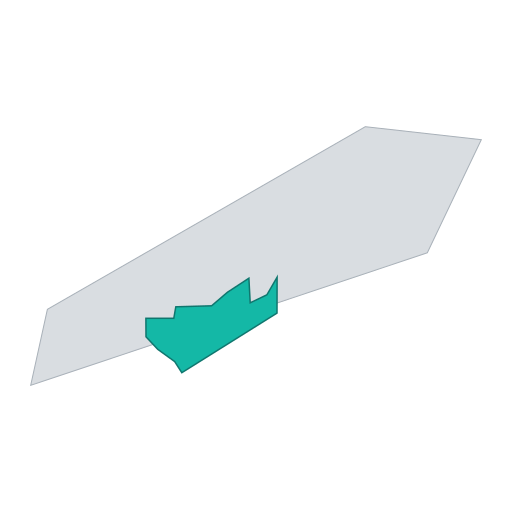 location of Blowing Point within Anguilla
{"feature_id": "AIA-5114", "entity_name": "Blowing Point", "entity_type": "District", "adm_level": 1, "iso_a3": "AIA", "parent_name": "Anguilla", "parent_adm1": "", "projection": "mercator", "projection_center": [-63.087, 18.194], "detail": "fine", "context": "in_parent", "style": "filled", "palette": "teal", "viewbox_px": 512, "rotation_deg": 0, "n_neighbors": 0, "source": "natural_earth", "source_scale": "10m", "svg_char_len": 444}
<svg xmlns="http://www.w3.org/2000/svg" viewBox="0 0 512 512"><path d="M427.3,252.8L30.7,385.3L47.4,309.3L365.3,126.7L481.3,139.7L427.3,252.8Z" fill="#d9dde1" stroke="#a8b0b8" stroke-width="1"/><path d="M277.0,313.1L181.8,372.7L174.7,361.6L157.8,349.4L146.0,336.8L145.9,318.3L173.8,318.3L175.8,306.8L211.6,305.8L227.5,292.2L248.9,278.2L250.2,302.8L266.9,294.8L277.1,277.2L277.0,313.1Z" fill="#14b8a6" stroke="#0f766e" stroke-width="1.5"/></svg>